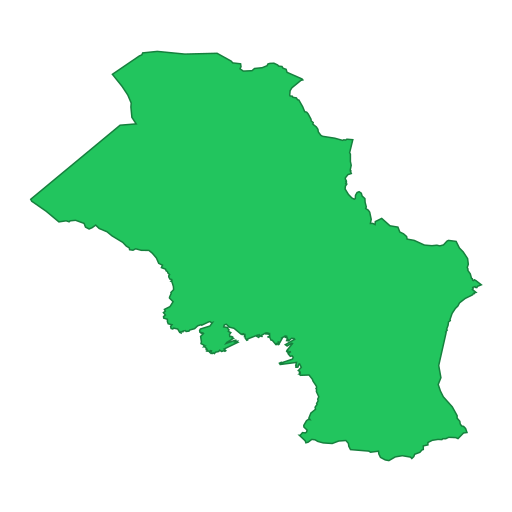 Oslo nor, Oslo, Norway
{"feature_id": "86288312B18463313731869", "entity_name": "Oslo nor", "entity_type": "district", "adm_level": 2, "iso_a3": "NOR", "parent_name": "Norway", "parent_adm1": "Oslo", "projection": "natural_earth1", "projection_center": [10.768, 59.972], "detail": "fine", "context": "isolated", "style": "filled", "palette": "green", "viewbox_px": 512, "rotation_deg": 0, "n_neighbors": 0, "source": "geoboundaries", "source_scale": "gbopen_adm2", "svg_char_len": 6079}
<svg xmlns="http://www.w3.org/2000/svg" viewBox="0 0 512 512"><path d="M463.6,426.4L461.7,426.0L460.2,423.9L459.8,421.3L457.1,418.1L457.1,415.6L452.3,406.9L443.3,396.8L440.4,391.0L438.2,384.5L440.9,377.7L438.7,365.5L445.9,333.6L446.1,332.4L445.7,332.0L447.2,330.1L446.6,329.2L448.1,325.2L448.5,321.9L450.3,320.6L450.0,319.5L452.1,313.4L455.4,308.4L457.8,306.1L459.5,302.9L465.1,298.5L472.6,294.8L473.1,293.9L474.3,293.6L474.2,292.9L476.0,292.4L472.4,289.5L473.1,288.7L472.7,287.5L475.0,286.6L475.4,287.4L476.8,287.6L477.6,286.3L481.3,284.8L475.9,280.6L474.4,279.8L473.4,280.6L472.7,280.3L472.3,278.7L471.5,278.3L470.3,273.9L467.7,270.2L468.0,269.1L467.2,267.5L468.3,264.3L467.6,258.6L463.2,251.9L459.4,248.0L456.1,241.4L448.5,240.4L447.0,241.1L443.5,244.9L439.8,245.9L436.9,245.2L431.9,245.7L424.5,245.1L414.2,240.4L407.1,239.1L406.6,236.5L403.5,233.8L399.8,232.0L397.9,227.1L390.0,225.8L381.7,218.4L375.3,221.6L375.1,224.6L372.7,223.4L370.4,223.5L371.2,219.3L369.7,212.2L368.3,210.2L365.7,208.5L366.3,206.9L365.1,202.3L364.9,198.6L362.1,196.0L361.3,193.2L359.1,191.7L357.1,192.5L355.5,195.3L355.3,198.5L354.3,199.2L351.9,198.0L348.4,194.4L345.1,189.0L345.4,186.1L346.8,184.1L345.7,183.6L346.5,182.0L345.9,181.5L346.3,180.8L345.3,178.9L345.4,177.8L347.9,174.6L351.3,173.5L350.4,171.3L350.9,170.9L350.2,170.1L351.2,165.3L350.4,161.5L350.4,154.2L349.6,152.7L352.8,139.7L346.8,139.2L345.6,140.1L343.8,139.8L342.6,140.4L334.8,138.2L322.6,136.3L320.8,135.3L318.3,131.9L317.9,129.3L316.4,127.0L312.8,124.1L313.2,122.6L311.2,120.9L311.0,119.2L308.2,114.0L306.7,112.2L304.7,111.7L302.7,106.8L298.9,100.1L297.5,99.7L296.4,97.9L292.9,97.3L292.3,96.2L290.1,96.0L289.7,95.1L290.1,90.7L291.9,87.8L300.9,80.4L302.8,79.9L302.1,79.0L287.0,72.3L286.1,69.3L283.0,68.2L282.0,66.5L278.6,66.1L277.7,65.0L273.9,63.2L269.8,63.4L267.9,64.0L267.1,65.7L262.2,67.7L254.5,68.5L252.0,70.7L243.3,71.1L240.0,68.8L241.0,66.7L240.6,63.8L232.7,62.9L231.3,61.2L217.1,53.3L184.9,54.1L157.3,51.4L142.7,52.9L141.8,54.9L139.4,55.9L112.4,74.3L122.1,86.4L127.8,95.0L131.2,103.0L130.9,107.0L131.9,117.4L136.2,123.9L120.1,125.2L30.7,199.3L31.7,201.2L46.1,211.2L58.9,221.9L66.1,220.8L69.1,221.8L70.2,220.8L75.6,220.3L84.1,223.4L85.5,227.1L89.1,229.0L92.1,227.7L95.7,225.1L99.2,228.5L107.1,231.8L111.9,235.8L122.8,242.4L126.3,246.1L129.3,247.9L129.6,249.7L133.0,250.2L135.7,248.8L141.3,250.3L148.9,250.4L152.3,253.2L156.4,258.0L158.7,263.3L162.5,265.2L161.4,267.6L165.6,269.2L166.1,270.8L167.4,271.5L167.9,273.0L169.6,274.6L168.7,275.9L168.8,277.0L169.9,279.1L171.7,279.5L171.9,280.4L170.9,281.2L171.9,281.7L173.4,286.5L173.6,289.6L170.9,292.5L171.2,293.4L169.5,297.3L169.5,298.1L173.1,301.7L170.0,306.6L164.4,309.4L165.3,311.2L163.4,312.6L165.4,315.0L163.5,316.6L163.7,318.1L167.4,319.3L167.4,321.6L168.2,323.8L172.0,324.7L170.6,326.4L171.1,328.5L172.8,329.0L173.7,328.1L177.7,329.0L179.7,332.4L180.9,332.9L180.6,331.9L183.6,331.7L182.7,331.3L183.4,330.9L185.4,330.6L186.1,331.5L189.0,331.1L189.7,330.0L194.6,328.7L197.7,325.8L201.1,324.7L201.7,325.2L209.1,321.7L210.3,321.7L211.6,322.9L212.4,322.6L210.0,326.0L200.4,329.0L199.6,330.5L199.9,332.2L201.8,332.6L200.8,332.8L201.2,333.3L202.7,332.8L203.5,333.5L200.6,336.4L201.4,341.8L201.0,343.6L203.9,345.1L204.1,345.9L203.5,346.3L204.5,346.2L203.8,346.8L204.8,346.8L206.2,348.3L205.7,348.7L206.5,348.5L207.0,349.3L206.3,349.8L207.8,350.8L207.4,351.1L209.0,351.2L209.5,352.1L210.6,350.6L211.5,350.8L210.8,352.9L210.9,353.4L212.3,353.4L211.6,353.9L213.1,352.9L214.4,353.6L215.5,352.2L218.7,351.5L219.7,350.2L221.6,351.5L224.0,350.7L224.9,351.3L225.8,350.7L224.1,349.0L237.9,342.3L237.0,341.9L237.4,341.3L235.6,341.7L236.0,341.3L235.3,341.2L235.8,340.3L235.3,340.2L226.0,343.5L226.8,342.4L233.4,338.4L232.2,337.9L232.7,337.1L231.8,336.5L229.8,336.5L229.5,334.4L230.8,332.6L228.3,331.4L229.0,329.8L227.6,328.3L227.8,327.5L223.7,326.9L224.3,324.9L225.3,324.5L226.4,324.3L229.5,327.2L234.0,328.3L241.0,334.1L243.2,333.8L243.0,334.2L242.1,334.2L241.5,334.5L244.9,334.5L244.5,336.4L245.1,336.3L245.2,338.1L246.8,340.3L247.7,339.9L247.5,339.0L258.0,334.9L256.5,336.2L258.7,337.4L259.4,336.4L258.9,334.0L259.8,336.3L261.1,335.6L261.3,336.4L261.9,336.4L261.4,335.4L265.4,333.1L265.8,333.8L266.7,332.8L267.1,332.9L266.2,334.4L267.4,333.0L268.5,333.3L267.6,334.8L268.7,333.3L269.3,333.5L268.7,334.6L269.6,334.0L269.7,336.3L268.1,336.7L268.2,337.2L269.5,336.8L271.0,340.1L272.3,340.3L275.5,344.1L276.1,343.8L275.9,344.5L277.0,344.6L277.9,343.2L278.7,344.5L279.4,343.8L278.6,342.0L280.0,342.3L282.2,338.3L281.8,338.0L285.1,336.0L287.4,336.4L285.9,336.2L285.4,337.3L287.3,337.9L287.1,339.1L288.7,339.6L287.0,339.7L286.6,340.6L288.6,340.9L291.5,338.3L294.1,338.5L294.7,339.3L285.3,344.7L287.1,346.0L291.8,343.2L292.5,343.6L287.1,350.2L287.6,350.4L286.7,351.4L287.5,352.2L290.8,351.6L288.1,353.7L290.3,356.3L292.2,355.9L293.2,357.3L292.5,359.1L282.8,362.4L283.1,363.3L282.7,363.6L280.9,363.9L280.6,363.2L281.6,362.7L281.3,362.3L279.4,363.2L280.2,364.5L296.5,362.4L295.8,365.2L296.2,365.2L295.8,367.1L296.5,367.3L297.9,367.1L298.9,364.1L299.6,363.9L301.3,367.3L298.3,370.6L299.8,371.5L299.5,372.6L300.2,372.6L300.3,373.3L299.5,373.9L300.0,373.9L299.8,374.7L300.5,375.3L309.0,375.0L312.4,379.3L313.0,381.1L316.4,386.2L316.6,387.6L316.0,388.6L316.6,389.1L316.4,391.6L318.8,396.8L317.7,399.1L318.1,401.0L316.6,403.4L317.1,404.3L315.1,407.2L315.5,409.3L310.9,413.0L308.9,418.0L310.0,419.6L308.5,419.3L306.5,420.7L303.8,425.3L303.9,427.0L307.1,430.1L306.5,432.1L305.4,432.9L302.5,432.6L300.2,435.3L299.4,435.3L305.2,440.8L305.9,442.8L308.1,442.2L311.8,439.4L315.1,439.8L317.7,441.4L323.2,442.9L332.2,443.5L338.8,441.0L345.9,440.5L348.4,443.4L348.8,446.3L350.5,449.6L368.8,451.1L370.5,452.2L378.5,451.2L378.8,453.9L380.5,457.4L385.2,459.9L388.9,460.6L395.3,456.9L402.3,455.7L410.5,457.1L411.8,458.5L413.8,456.6L414.6,454.3L419.9,452.3L421.9,450.0L423.3,449.5L423.3,445.9L427.9,444.9L427.9,442.5L432.3,440.3L438.0,439.4L441.9,439.6L442.7,438.7L445.8,438.7L448.7,437.3L455.8,437.6L458.0,438.6L463.5,433.0L467.0,432.5L465.6,428.5L463.6,426.4Z" fill="#22c55e" stroke="#15803d" stroke-width="1.5"/></svg>